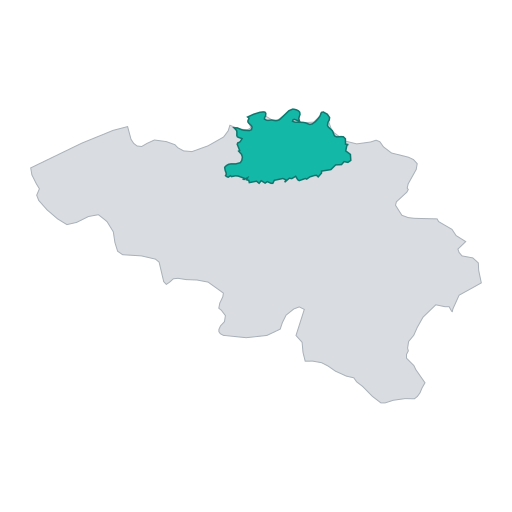 Belgium, with Antwerp highlighted
{"feature_id": "BEL-3480", "entity_name": "Antwerp", "entity_type": "Province", "adm_level": 1, "iso_a3": "BEL", "parent_name": "Belgium", "parent_adm1": "", "projection": "robinson", "projection_center": [4.639, 51.244], "detail": "fine", "context": "in_parent", "style": "filled", "palette": "teal", "viewbox_px": 512, "rotation_deg": 0, "n_neighbors": 0, "source": "natural_earth", "source_scale": "10m", "svg_char_len": 3960}
<svg xmlns="http://www.w3.org/2000/svg" viewBox="0 0 512 512"><path d="M229.9,125.3L239.1,129.0L247.2,129.8L250.7,128.1L248.5,119.2L255.0,114.5L262.3,112.3L265.6,116.1L272.3,120.1L277.6,120.1L291.8,109.9L295.1,111.9L298.2,115.5L298.8,118.5L299.4,121.5L302.5,122.8L313.7,122.1L319.4,116.6L323.9,113.1L327.2,115.5L328.9,122.3L332.0,131.2L345.4,141.1L356.7,143.9L370.6,142.0L376.1,140.2L379.8,141.7L383.5,146.9L391.5,153.0L408.4,157.2L413.5,159.6L417.2,163.7L416.2,169.5L408.2,183.8L407.2,188.1L408.3,189.5L406.8,192.2L396.4,201.8L395.5,205.2L399.0,210.8L401.9,215.3L408.2,217.6L414.1,218.3L425.2,218.6L437.1,218.9L438.6,221.6L452.0,229.4L456.1,235.6L465.7,241.6L457.9,249.1L459.1,252.5L462.0,255.9L472.8,257.9L478.3,262.9L478.7,270.5L481.3,282.9L459.1,295.2L452.9,308.9L452.3,311.6L451.6,311.2L449.1,306.7L445.0,306.7L435.8,304.8L423.0,317.2L417.2,327.5L413.8,335.2L408.6,341.5L407.6,348.1L408.3,350.9L406.5,354.4L406.5,358.2L413.9,365.6L415.8,369.6L425.0,382.8L422.2,387.6L420.0,392.8L417.4,396.4L414.4,398.8L405.0,398.6L393.1,400.3L385.1,402.9L380.9,402.9L372.3,396.3L362.7,386.5L356.6,381.8L353.8,377.8L346.3,376.1L335.5,371.2L328.0,366.0L321.6,362.7L312.6,361.1L305.2,361.2L303.0,352.4L302.1,342.3L296.0,335.5L304.3,309.4L299.3,306.9L293.9,308.9L286.1,315.1L282.4,322.5L280.2,329.1L267.0,335.4L246.2,337.7L223.5,335.4L220.3,333.7L218.9,331.7L218.9,329.4L220.5,325.9L224.5,321.6L225.4,315.6L221.4,310.3L218.8,308.2L219.8,303.1L222.8,296.8L223.4,293.1L208.1,282.1L197.0,280.0L186.2,279.6L178.0,278.3L173.3,278.8L169.8,282.0L166.3,284.4L163.7,281.6L159.1,262.1L155.4,259.1L141.5,255.9L122.6,254.7L117.6,251.2L114.9,242.4L113.3,231.8L107.1,221.7L104.0,219.1L98.4,214.7L88.5,216.5L76.6,222.4L69.6,224.0L66.9,224.6L57.6,218.9L47.1,209.9L38.7,200.4L36.7,195.2L39.4,188.8L36.4,183.9L31.9,174.9L30.7,167.9L81.9,143.1L113.0,130.4L127.6,126.6L131.0,139.3L133.7,143.4L137.1,146.0L141.7,146.5L147.0,143.4L154.4,140.0L166.3,141.6L174.9,144.7L177.9,147.8L183.6,150.9L192.0,151.6L208.1,145.8L223.6,137.0L228.2,130.8L229.9,125.3Z" fill="#d9dde1" stroke="#a8b0b8" stroke-width="1"/><path d="M292.7,109.1L294.4,109.3L296.6,109.9L298.5,110.9L299.7,112.2L300.0,114.4L299.3,116.5L298.7,118.7L299.6,121.3L294.5,119.4L293.2,119.6L292.5,121.3L295.0,122.2L303.2,122.4L305.3,122.8L309.8,124.5L312.3,123.9L315.3,121.7L318.0,118.8L319.8,116.4L320.6,114.6L321.0,113.2L321.7,112.3L323.5,112.0L323.8,112.3L327.3,114.2L329.6,117.6L329.2,120.1L327.9,122.4L327.5,125.6L328.3,127.0L332.3,130.6L332.9,131.8L334.1,135.1L334.7,136.0L336.7,136.9L341.2,136.6L343.4,136.8L345.4,138.8L345.5,144.1L347.6,144.5L348.3,144.4L346.9,145.3L345.7,150.9L350.4,154.4L350.8,160.4L347.9,162.4L344.1,161.6L341.5,164.6L335.6,164.9L330.9,169.6L321.5,171.1L321.5,173.1L318.2,176.9L316.5,175.3L314.4,175.5L309.8,176.9L306.7,179.1L305.3,178.5L299.2,180.6L297.7,179.7L295.7,176.3L291.8,178.6L289.3,178.2L284.7,182.2L286.0,179.9L282.9,178.5L274.3,180.3L272.8,183.3L271.0,183.3L267.3,181.6L265.1,183.1L261.2,180.7L259.1,183.3L256.5,181.2L249.3,182.6L248.8,180.4L246.6,179.8L247.7,177.6L244.1,179.5L243.3,179.2L244.1,178.2L238.3,176.1L235.5,175.8L231.5,176.6L230.5,175.7L228.2,177.2L226.9,176.7L225.5,175.7L226.3,174.2L226.0,172.5L225.3,170.8L225.0,169.4L224.8,168.1L224.7,167.5L225.1,166.8L226.5,165.5L228.6,164.3L230.9,163.9L235.7,163.9L240.3,162.7L241.8,160.4L242.4,157.2L242.1,156.1L241.5,154.3L238.6,151.1L239.7,150.5L237.2,144.2L237.9,142.7L238.4,142.5L238.1,142.8L239.5,142.2L240.4,141.4L242.1,138.6L238.2,137.3L237.3,136.7L236.8,135.4L236.9,132.2L236.6,130.6L235.7,129.5L234.0,127.8L236.3,127.9L237.4,127.9L241.6,129.7L243.9,130.3L249.3,130.6L251.5,129.7L252.1,127.1L251.4,125.7L248.8,123.2L247.9,121.9L248.0,120.4L248.7,119.2L249.0,118.2L247.6,117.0L253.7,114.2L259.9,112.3L263.4,111.9L264.9,112.1L265.8,113.3L265.6,115.8L264.6,117.6L264.4,119.1L266.7,120.3L268.2,120.4L271.6,120.0L275.3,120.7L277.1,120.6L278.7,120.1L279.9,119.4L288.9,110.7L292.7,109.1Z" fill="#14b8a6" stroke="#0f766e" stroke-width="1.5"/></svg>